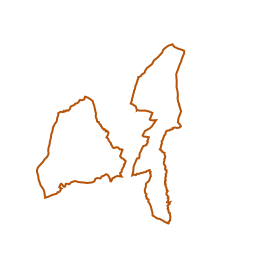 outline of Masasi, Mtwara, United Republic of Tanzania, rotated 110°
{"feature_id": "72390352B56058142056871", "entity_name": "Masasi", "entity_type": "district", "adm_level": 2, "iso_a3": "TZA", "parent_name": "United Republic of Tanzania", "parent_adm1": "Mtwara", "projection": "orthographic", "projection_center": [38.96, -10.762], "detail": "fine", "context": "isolated", "style": "outline", "palette": "amber", "viewbox_px": 256, "rotation_deg": 110, "n_neighbors": 0, "source": "geoboundaries", "source_scale": "gbopen_adm2", "svg_char_len": 5921}
<svg xmlns="http://www.w3.org/2000/svg" viewBox="0 0 256 256"><g transform="rotate(110 128 128)"><path d="M221.9,182.0L219.6,179.1L217.9,177.5L216.6,175.8L215.8,175.0L214.2,172.6L213.9,172.4L212.6,172.3L212.1,171.3L211.6,171.0L211.3,170.5L209.6,170.1L208.9,170.3L208.3,170.3L207.6,169.8L207.4,171.9L207.3,172.3L207.0,172.4L203.6,172.0L203.2,171.7L203.7,170.3L205.1,168.4L204.9,167.5L204.4,167.0L202.1,167.4L201.6,167.2L201.3,166.5L201.0,164.1L199.9,163.4L199.1,163.3L198.4,162.7L196.1,159.9L195.8,159.0L195.9,157.5L195.3,154.0L194.4,151.2L193.9,148.4L192.6,145.4L191.4,143.2L190.9,142.5L189.7,141.5L188.6,141.2L187.3,141.4L186.1,140.5L185.6,139.9L184.9,136.9L183.9,136.3L182.8,136.2L182.1,135.8L181.2,134.5L178.9,132.8L179.0,131.3L179.3,130.3L180.4,129.4L180.7,128.7L183.1,126.8L184.0,126.4L184.1,126.1L183.9,125.6L183.7,125.5L180.5,125.4L179.9,124.4L178.6,123.7L176.7,121.5L175.8,117.3L173.8,119.7L173.0,120.0L171.4,119.0L169.5,119.5L165.1,118.8L164.5,118.9L163.9,119.4L162.7,118.6L161.0,118.9L159.9,118.8L159.5,119.2L159.6,119.6L159.2,120.7L158.5,121.7L158.6,122.7L158.4,124.0L157.3,125.3L157.2,125.8L150.3,125.7L150.1,126.7L150.8,127.8L150.9,128.5L149.9,130.2L149.7,130.7L150.1,132.5L150.7,132.9L151.2,133.9L151.7,134.3L151.5,135.6L150.5,136.8L150.0,137.1L149.6,138.0L148.0,139.0L147.7,139.9L146.0,142.2L144.8,143.0L144.2,145.0L141.4,144.5L139.2,144.7L138.6,145.1L138.1,146.1L138.1,146.5L138.3,146.8L138.1,147.0L138.5,147.2L138.4,147.4L138.6,147.7L138.0,147.8L137.8,148.6L137.3,148.9L137.5,149.6L137.3,150.0L137.7,150.2L137.8,150.4L137.1,151.2L137.0,151.8L136.2,153.0L135.8,153.3L135.6,153.9L134.8,154.2L134.6,154.6L134.3,154.8L134.2,156.0L132.3,157.5L132.7,158.7L132.5,159.2L130.6,160.2L129.9,161.0L128.6,162.0L127.7,162.5L125.6,162.9L125.0,163.2L123.6,164.3L118.9,167.2L116.1,169.5L115.5,169.7L114.7,170.6L114.1,172.1L113.2,176.1L113.2,176.9L113.3,179.1L114.9,179.1L115.8,178.8L116.1,179.0L117.3,180.2L118.1,181.9L118.0,182.7L118.6,183.1L119.9,183.1L121.5,183.8L122.3,184.4L123.1,185.8L123.5,186.1L124.7,186.2L126.1,187.9L127.6,189.3L129.9,189.0L132.0,189.9L132.2,190.2L132.4,191.9L132.6,192.1L133.3,192.2L133.6,192.4L134.3,193.3L133.8,194.1L135.3,194.6L135.7,196.5L136.2,197.3L137.5,198.1L137.9,198.6L138.3,198.4L139.8,197.9L142.2,198.0L146.0,197.3L147.2,197.5L149.2,198.2L151.7,198.4L152.7,198.7L157.4,197.8L159.3,198.0L161.0,197.8L163.5,197.1L167.3,196.8L170.0,196.1L174.0,195.9L176.9,195.1L179.0,194.0L180.7,193.8L183.0,194.2L186.3,195.8L188.3,196.1L195.5,199.0L196.9,199.2L198.7,199.1L200.2,198.6L203.8,195.9L206.5,194.7L211.5,190.7L212.5,189.5L213.9,187.3L215.0,186.1L216.7,184.8L221.9,182.0ZM183.5,63.2L184.2,64.1L184.6,65.8L184.4,66.0L182.9,65.4L180.6,65.8L180.4,66.6L179.1,66.4L178.4,67.3L177.5,68.9L176.6,69.4L175.7,69.6L175.0,69.4L174.4,69.5L173.8,69.2L173.8,69.9L172.9,70.3L172.9,70.6L172.7,70.8L171.8,70.9L168.7,73.5L168.3,73.4L168.3,73.7L168.0,73.7L167.7,74.1L166.9,74.0L166.8,74.6L166.5,74.8L165.8,74.8L165.1,75.1L164.9,74.7L164.3,74.5L163.5,75.3L163.0,75.4L162.5,75.9L161.9,76.0L160.9,75.7L160.7,75.9L160.3,75.7L159.9,75.8L159.3,76.5L158.7,76.8L158.1,76.8L157.5,76.4L155.2,76.9L155.0,77.4L154.4,77.5L154.2,77.9L154.5,78.5L154.4,78.7L153.3,79.4L151.6,79.3L151.1,80.1L150.4,80.5L149.9,81.8L148.7,82.4L147.5,82.6L146.1,82.6L144.9,83.3L144.1,83.1L144.0,82.9L143.0,83.2L142.0,83.2L140.2,84.8L138.9,85.1L138.8,87.6L138.1,88.0L137.9,88.4L137.6,89.2L137.8,89.4L137.7,89.7L137.4,90.0L137.1,90.8L136.0,90.4L132.1,91.0L131.2,90.7L129.3,91.7L128.6,91.8L127.2,91.2L125.7,91.5L124.4,91.2L123.0,91.5L122.2,91.3L121.3,90.7L119.2,91.1L117.7,90.8L116.5,89.4L116.2,88.4L115.5,87.7L115.0,87.7L114.6,86.7L113.8,85.7L112.9,86.1L112.3,85.5L111.4,83.8L111.3,82.2L110.1,79.9L108.4,78.9L108.0,79.0L107.6,79.5L105.5,83.1L104.6,83.2L101.8,83.9L94.1,83.8L89.7,87.3L89.7,87.1L87.7,88.4L86.7,89.5L83.6,91.4L82.8,91.5L82.2,92.0L81.5,91.9L80.4,92.3L76.9,93.8L72.9,96.4L67.4,98.2L61.0,101.1L50.2,101.1L47.6,100.8L44.4,101.1L38.7,100.8L37.6,101.0L36.2,101.8L36.1,104.6L36.3,108.4L35.9,112.2L35.4,113.2L34.1,114.8L35.5,116.4L36.4,117.8L37.9,119.0L41.3,121.1L42.8,121.7L45.8,121.7L46.8,122.3L50.9,123.9L55.6,126.7L56.7,127.0L58.1,127.0L60.0,127.4L65.1,130.7L68.7,131.5L70.2,131.3L71.6,132.1L72.9,133.3L74.8,133.6L76.9,135.9L78.0,135.2L79.9,135.5L80.8,135.2L81.6,135.4L83.6,135.1L85.2,135.4L87.2,135.2L88.9,134.8L90.9,135.1L92.3,134.7L96.1,134.5L97.2,134.2L99.9,134.1L100.7,133.8L104.1,133.8L104.1,132.8L104.2,131.7L105.0,128.1L108.1,125.8L108.5,125.7L108.2,125.5L108.0,125.0L107.5,122.4L106.0,118.5L105.5,116.3L105.3,113.3L105.5,110.2L107.3,110.2L108.9,110.5L110.2,110.2L111.8,110.6L112.6,110.4L112.8,109.7L112.6,108.2L112.0,106.4L111.0,104.3L118.6,106.2L120.9,107.5L125.0,111.0L129.7,111.7L130.2,111.7L130.6,110.6L129.6,105.3L132.7,105.2L133.6,105.5L134.4,104.5L136.6,104.8L137.1,105.1L137.9,105.0L139.7,107.4L141.8,107.8L145.5,108.0L147.7,108.3L149.1,108.1L151.5,107.3L152.3,107.3L152.8,107.4L153.4,109.0L154.6,109.2L161.6,109.5L162.8,109.4L163.9,109.2L165.1,108.7L167.9,108.1L171.0,107.8L169.7,106.6L169.6,104.6L169.3,104.3L168.4,104.2L167.9,103.8L167.2,101.8L166.0,100.7L164.8,98.5L164.0,97.8L163.3,96.1L162.2,95.8L161.3,94.5L160.2,93.5L160.1,93.2L160.9,92.7L161.5,91.7L162.5,92.1L163.1,91.7L163.7,90.8L164.5,90.7L165.6,90.0L166.4,90.3L170.1,90.1L171.4,90.6L173.0,91.6L174.2,92.0L174.7,92.0L176.7,91.2L180.3,91.1L181.3,90.7L183.2,89.6L184.0,87.9L185.2,88.0L185.9,87.9L186.8,86.6L187.4,86.7L187.9,86.4L188.1,84.8L188.4,84.1L190.3,83.8L191.7,81.8L194.2,79.5L199.7,75.8L200.3,75.5L201.4,75.3L201.9,74.7L202.1,73.0L202.9,70.4L203.0,69.0L202.6,67.8L202.6,67.1L203.0,63.9L203.7,61.1L203.9,57.4L203.7,57.3L203.6,57.5L202.1,57.8L201.6,57.1L200.3,56.8L199.7,57.2L197.4,57.6L194.8,59.1L193.7,59.5L193.9,60.1L193.3,60.9L192.8,61.3L191.8,61.5L191.5,62.0L191.1,62.1L190.5,62.8L190.1,62.9L190.0,63.3L189.5,63.2L189.2,63.0L188.7,63.2L188.1,63.9L187.5,64.3L184.9,62.9L183.9,63.3L183.5,63.2Z" fill="none" stroke="#b45309" stroke-width="2"/></g></svg>